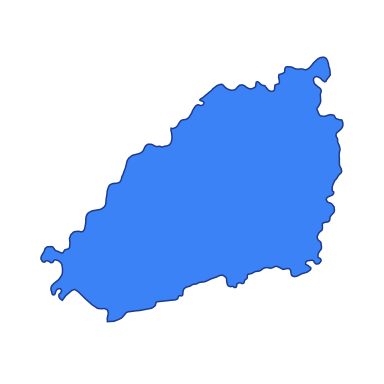 the district of Polotsk, Vitebsk, Belarus, rotated 174°
{"feature_id": "67162791B45929653886900", "entity_name": "Polotsk", "entity_type": "district", "adm_level": 2, "iso_a3": "BLR", "parent_name": "Belarus", "parent_adm1": "Vitebsk", "projection": "albers", "projection_center": [28.82, 55.497], "detail": "fine", "context": "isolated", "style": "filled", "palette": "blue", "viewbox_px": 384, "rotation_deg": 174, "n_neighbors": 0, "source": "geoboundaries", "source_scale": "gbopen_adm2", "svg_char_len": 5915}
<svg xmlns="http://www.w3.org/2000/svg" viewBox="0 0 384 384"><g transform="rotate(174 192 192)"><path d="M332.3,97.8L328.5,102.0L321.8,106.7L318.7,107.4L315.2,104.3L308.9,96.6L303.3,90.5L298.2,86.2L294.9,85.4L291.0,85.2L288.3,83.4L287.9,80.1L289.5,75.4L289.7,71.9L283.1,71.6L278.6,72.8L275.3,74.0L272.9,76.0L270.0,78.9L268.9,79.3L267.8,79.5L260.2,79.7L256.4,79.6L244.6,80.6L242.9,81.2L240.4,82.9L239.2,86.0L238.0,86.5L219.4,86.5L217.5,87.3L217.0,88.0L216.8,88.9L216.3,89.8L215.2,90.2L213.4,89.8L212.4,90.1L211.9,90.8L211.5,93.2L210.8,95.4L210.0,96.6L208.8,97.4L206.9,98.1L203.7,98.6L201.7,99.6L200.4,100.1L197.2,100.1L194.1,101.3L189.1,101.4L187.2,101.8L182.2,103.6L176.4,104.9L172.8,106.2L170.4,106.1L169.8,105.9L167.7,104.0L166.7,102.7L166.8,101.5L166.8,98.1L166.3,95.6L165.5,94.7L163.7,93.8L161.9,94.0L161.2,93.8L159.7,92.5L158.4,92.6L157.8,92.9L156.9,95.9L155.1,96.7L154.3,96.8L153.4,96.6L151.9,95.7L150.9,95.7L149.9,96.1L148.7,98.9L146.4,100.2L146.0,100.9L145.6,103.4L145.1,104.2L141.0,104.8L137.9,106.1L136.9,106.3L134.0,106.3L132.2,106.7L129.1,108.5L127.3,109.0L125.0,109.0L122.8,108.2L121.2,108.0L119.1,108.5L117.0,109.3L116.2,109.3L114.5,108.8L109.7,105.6L108.6,105.5L106.0,105.9L103.6,105.7L103.0,105.2L102.2,104.0L101.9,99.7L101.5,98.5L100.5,97.7L98.9,97.1L96.4,97.3L91.5,99.2L86.0,100.2L82.7,102.0L81.9,103.0L81.7,104.0L82.5,105.0L83.5,105.9L84.7,107.1L85.8,107.6L86.6,108.4L86.4,109.6L85.8,110.8L84.3,111.5L80.7,111.6L79.5,111.5L78.6,111.1L78.1,110.4L77.7,109.2L77.2,108.5L75.9,107.3L73.6,107.4L72.8,107.8L71.3,109.3L70.8,110.2L70.8,111.3L71.2,112.2L73.3,113.7L73.5,114.8L73.0,117.5L71.5,119.5L69.3,121.9L69.0,123.1L69.0,126.0L69.0,127.4L69.3,128.9L70.6,130.1L71.7,131.4L72.2,133.1L72.1,134.7L71.4,136.1L70.3,137.8L68.3,139.6L67.0,140.1L66.2,141.7L66.0,143.0L65.8,145.9L65.3,147.3L62.5,148.0L60.1,148.0L58.6,148.7L57.9,150.0L57.2,152.9L54.2,156.0L53.4,156.3L52.9,157.2L52.2,158.8L52.3,162.6L54.5,165.8L55.9,166.7L57.8,167.5L58.7,168.7L59.3,170.6L58.8,171.8L57.4,172.8L55.7,173.4L52.9,174.2L51.8,175.0L51.1,176.3L51.0,177.2L52.2,178.3L52.3,179.5L52.1,181.9L51.5,183.7L50.9,185.0L48.7,188.6L46.8,190.2L44.5,193.3L41.7,195.5L41.0,196.8L41.1,199.0L41.5,200.4L42.2,201.9L42.5,203.4L42.3,207.0L41.9,209.7L41.9,212.8L41.2,216.4L40.5,217.9L40.3,220.0L40.7,222.7L41.9,226.4L41.7,229.4L42.1,230.8L42.9,232.3L42.7,234.3L41.9,235.7L38.5,238.0L36.5,239.7L35.4,241.2L34.8,243.3L34.8,245.3L35.1,246.7L35.6,248.1L37.1,248.2L40.9,249.8L41.7,250.8L42.2,252.3L43.1,253.6L45.5,254.4L48.4,254.3L50.7,253.6L52.7,253.5L55.0,253.9L56.5,254.5L57.5,255.9L58.1,257.7L58.4,259.1L59.2,261.1L58.9,262.0L56.7,264.7L55.2,267.0L54.5,268.8L54.2,275.5L53.7,276.9L52.9,278.6L53.0,280.3L53.5,281.3L54.7,282.7L56.2,283.8L57.0,285.0L58.3,286.1L59.2,287.9L59.5,290.0L59.4,291.3L59.0,292.4L58.1,293.3L57.1,293.7L56.1,293.8L54.9,293.4L53.1,292.3L51.9,291.2L50.7,289.5L48.6,287.7L47.2,288.0L46.4,289.5L42.6,293.5L42.1,294.2L42.3,295.4L42.1,298.1L42.3,300.8L42.8,302.1L42.9,305.1L43.5,308.3L44.4,310.5L45.3,311.4L46.3,312.1L48.1,312.4L50.4,312.2L52.6,311.4L54.0,310.5L57.9,307.5L59.7,305.5L62.0,303.4L64.4,302.1L66.5,301.6L68.5,302.5L70.0,302.9L74.3,303.2L75.8,303.5L77.4,304.3L79.7,305.8L80.8,306.1L84.4,306.7L85.6,306.4L86.5,305.5L87.0,303.7L87.2,302.2L87.6,301.2L90.0,300.3L93.2,299.7L93.7,298.1L93.9,296.8L93.5,293.6L93.7,291.7L94.4,290.6L97.1,290.1L98.3,289.6L98.9,287.0L99.2,285.2L100.3,284.0L101.9,283.7L103.9,284.2L104.7,284.8L105.9,285.9L108.5,290.2L110.8,290.7L112.1,291.7L113.9,293.8L115.2,294.9L115.7,294.9L116.5,294.6L116.9,293.9L117.2,292.3L117.9,290.0L118.8,289.4L121.7,288.4L123.2,288.5L124.8,289.0L126.9,290.5L128.6,292.1L130.7,293.3L133.6,293.2L136.0,291.4L137.0,290.4L138.1,289.5L139.5,289.1L141.1,289.0L143.1,289.3L145.9,290.7L147.7,292.2L150.0,295.2L150.9,296.0L152.4,296.0L154.7,295.6L156.2,295.1L160.7,292.3L161.9,291.0L165.0,289.1L166.4,288.0L168.6,286.7L170.5,285.2L172.2,284.3L173.9,283.6L174.7,282.7L173.9,282.0L172.0,281.1L171.0,280.3L170.8,279.5L171.1,278.4L172.1,277.5L172.9,277.1L173.9,277.1L175.1,277.3L176.2,278.0L177.3,278.1L178.8,277.6L179.9,276.7L181.5,274.8L183.0,272.7L184.0,270.7L187.1,266.7L189.4,265.2L190.8,264.8L194.0,264.7L195.6,264.1L197.1,262.6L199.8,259.0L201.3,258.0L203.3,257.3L204.8,257.2L206.2,257.6L206.5,255.1L206.2,253.7L206.1,251.5L206.1,249.4L206.3,247.5L207.0,245.0L207.7,243.3L209.5,241.3L212.2,240.4L214.6,240.4L216.0,239.9L217.8,240.0L219.2,240.9L222.1,240.8L224.0,241.5L226.4,243.2L227.8,243.8L230.9,244.1L232.9,243.1L234.3,241.5L235.8,238.8L236.8,237.6L238.4,236.5L239.6,236.0L242.6,235.4L247.5,234.7L251.3,232.3L253.2,229.9L253.9,228.1L254.4,226.5L255.3,224.0L256.4,221.4L257.9,218.7L258.7,216.7L260.1,214.7L261.3,211.2L262.9,209.3L265.3,208.6L269.9,208.7L271.9,208.1L273.5,207.3L274.5,205.7L275.2,204.2L276.2,202.0L276.7,199.2L278.1,194.1L278.9,189.7L279.6,187.8L281.4,185.9L284.7,184.3L293.3,183.7L296.5,182.5L297.9,181.6L299.2,180.0L299.9,178.3L300.4,176.5L300.6,174.3L301.3,170.9L302.5,167.0L303.1,165.7L304.7,164.2L305.7,163.9L307.2,164.2L308.1,164.6L309.5,164.8L311.7,164.9L314.1,164.5L317.0,162.1L318.7,158.5L318.7,154.1L319.6,149.5L321.1,148.3L324.2,147.9L324.8,147.5L326.8,144.9L328.4,145.1L329.9,145.9L330.9,146.7L333.1,147.6L334.2,148.4L334.9,149.8L336.3,152.0L337.5,152.4L341.7,152.6L343.6,151.5L344.2,150.7L345.3,148.2L347.8,145.0L348.5,143.9L349.1,142.3L349.2,141.1L348.0,138.4L346.7,137.8L345.8,137.6L344.9,138.7L343.2,138.8L341.7,138.1L339.9,136.5L338.4,136.4L337.2,137.2L336.6,138.4L335.6,138.7L334.5,138.8L332.8,138.0L331.2,136.9L329.8,135.3L329.0,133.4L328.8,129.9L329.0,127.4L329.4,125.0L329.9,123.5L330.8,122.2L333.6,118.9L339.0,115.4L340.7,114.0L341.8,112.6L342.3,111.1L342.5,110.1L342.3,108.6L342.0,107.1L341.7,105.0L341.0,104.2L339.6,104.2L338.7,105.2L338.1,106.8L337.4,108.1L336.6,109.0L335.0,109.8L332.8,109.5L332.0,107.5L333.2,105.4L335.0,104.0L335.2,102.9L335.3,101.6L334.2,99.4L332.3,97.8Z" fill="#3b82f6" stroke="#1e3a8a" stroke-width="1.5"/></g></svg>